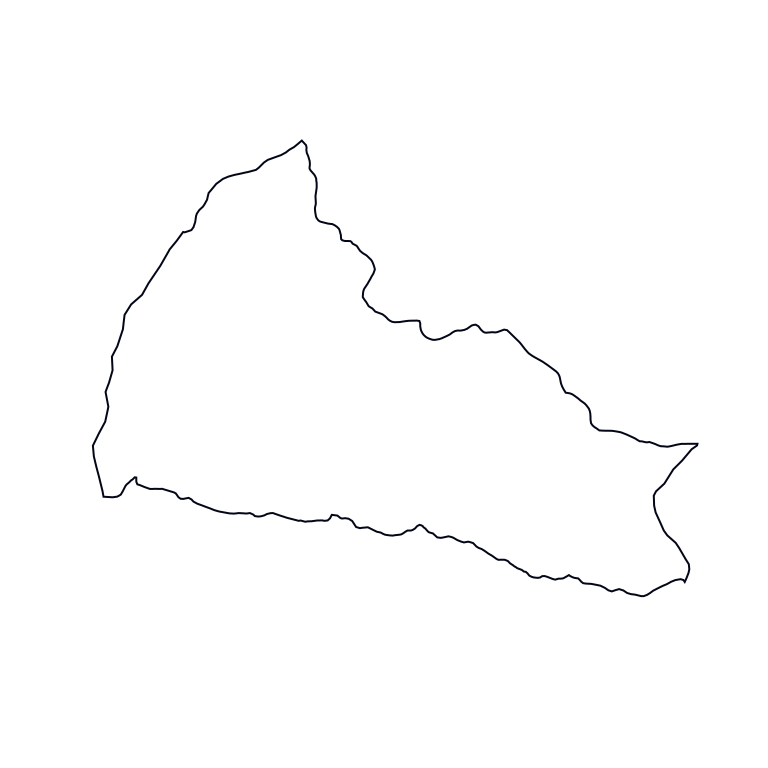 outline of Yangnyer, Tashigang, Bhutan, rotated 170°
{"feature_id": "84629894B53688584852577", "entity_name": "Yangnyer", "entity_type": "district", "adm_level": 2, "iso_a3": "BTN", "parent_name": "Bhutan", "parent_adm1": "Tashigang", "projection": "mercator", "projection_center": [91.484, 27.363], "detail": "fine", "context": "isolated", "style": "outline", "palette": "ink", "viewbox_px": 768, "rotation_deg": 170, "n_neighbors": 0, "source": "geoboundaries", "source_scale": "gbopen_adm2", "svg_char_len": 5622}
<svg xmlns="http://www.w3.org/2000/svg" viewBox="0 0 768 768"><g transform="rotate(170 384 384)"><path d="M679.8,321.7L671.1,319.6L669.2,319.5L666.3,319.4L664.4,320.0L662.4,320.8L660.0,323.6L656.4,328.4L655.0,329.7L652.2,331.3L649.8,333.0L648.1,333.7L645.7,335.4L644.2,334.9L644.9,330.7L644.3,328.0L642.1,326.9L637.7,324.1L632.7,321.3L630.6,320.9L628.1,320.6L625.4,320.1L623.1,319.6L620.7,319.3L609.8,313.8L608.1,312.5L607.3,310.9L606.1,308.2L604.2,306.3L601.7,305.7L596.2,305.8L593.6,303.7L592.1,301.3L588.6,298.5L584.9,296.4L580.9,294.0L576.9,291.7L573.1,289.3L568.6,287.1L560.5,284.1L558.6,283.4L554.2,282.4L549.4,282.1L546.8,281.5L541.8,280.3L538.5,280.2L535.4,278.1L534.2,276.4L532.5,275.8L530.4,275.2L527.7,275.1L524.7,275.4L521.8,276.3L518.1,276.5L515.8,276.2L509.8,272.8L502.6,269.0L500.4,268.0L491.6,264.0L490.0,264.1L485.4,262.0L483.2,262.0L479.1,261.4L473.6,261.2L468.5,260.4L466.5,259.6L463.2,259.4L460.5,261.1L458.1,264.2L452.7,262.5L450.3,259.7L448.8,258.8L445.6,258.6L442.3,257.5L439.1,254.6L436.3,248.0L432.7,246.2L430.8,246.2L424.8,245.7L416.8,239.8L412.9,238.2L411.1,236.7L409.3,235.5L407.1,234.7L404.9,234.0L401.9,233.2L399.7,233.2L395.1,232.9L393.1,232.9L390.9,233.7L388.6,234.8L386.4,235.6L383.0,235.0L380.8,235.4L378.6,236.3L376.0,238.3L373.5,239.1L372.1,238.5L370.7,237.5L369.9,236.0L368.4,234.5L367.0,232.1L365.8,230.4L364.0,229.4L361.8,228.4L360.2,226.3L358.2,223.7L354.8,222.6L351.6,222.6L347.0,222.8L344.8,221.9L342.6,220.7L339.2,217.8L335.8,215.6L332.8,214.1L328.4,214.1L326.0,213.0L323.8,211.8L322.6,210.0L321.2,207.9L319.2,206.1L316.6,204.6L313.9,202.2L310.7,198.9L307.3,196.0L303.7,192.3L301.9,191.0L299.1,190.6L295.5,189.9L292.7,188.1L290.9,185.4L288.3,183.0L287.3,181.8L285.9,180.7L284.8,179.5L280.6,177.0L278.8,175.0L277.0,174.4L275.6,172.7L274.2,170.1L272.4,168.7L270.4,167.6L267.8,166.8L266.2,166.4L264.0,166.3L261.6,167.3L259.2,167.0L256.8,165.8L251.4,162.5L249.2,161.6L246.0,162.0L243.7,161.6L241.3,161.5L237.7,162.7L235.1,163.7L233.9,162.5L231.9,161.0L230.1,160.0L226.5,158.8L225.3,157.1L224.1,155.1L222.5,153.3L219.9,152.4L214.7,151.2L210.7,149.7L205.9,147.8L201.9,144.9L198.9,141.9L195.7,140.2L191.7,140.8L188.1,141.2L184.1,139.1L180.9,136.0L177.3,134.2L173.1,132.9L167.5,130.4L165.1,130.0L161.7,130.6L158.4,131.9L154.8,133.7L149.0,135.5L144.5,136.8L140.1,137.8L135.5,139.4L131.2,140.3L125.8,140.3L123.2,139.0L122.2,136.8L120.0,140.0L117.0,144.9L115.5,148.5L115.1,153.6L117.4,159.2L121.8,171.2L124.3,176.9L131.3,185.7L133.9,191.1L135.7,198.4L138.8,210.4L139.1,217.2L137.7,227.2L134.7,231.1L125.2,237.2L113.9,249.7L103.7,256.8L101.7,258.5L92.4,266.3L86.4,269.1L85.7,270.7L97.4,272.7L101.4,273.4L106.2,273.4L110.9,273.1L113.2,273.0L115.7,273.0L119.3,274.0L122.3,274.7L124.6,275.9L127.5,277.9L132.7,280.8L135.3,280.9L136.9,281.4L139.9,282.7L142.1,283.2L143.6,284.4L146.1,286.7L147.5,287.7L149.2,288.9L154.0,292.2L159.1,295.3L163.6,297.0L167.2,298.2L169.6,298.7L176.4,300.0L180.0,300.9L182.6,303.6L184.1,304.9L185.8,307.0L186.9,309.4L186.8,313.2L186.4,315.3L186.0,318.7L186.0,321.5L186.5,324.1L188.4,327.9L189.8,330.0L193.3,333.6L195.5,336.3L198.7,339.6L200.3,341.1L201.8,342.1L203.3,342.8L206.6,343.9L207.3,345.7L207.9,347.2L209.0,350.6L209.6,354.0L209.7,358.7L209.8,360.8L210.2,362.5L210.9,364.4L212.4,366.6L217.6,372.1L219.6,374.2L224.0,378.5L231.0,384.2L233.1,386.0L235.9,388.8L237.0,390.3L239.2,394.0L241.7,398.8L243.2,401.5L252.2,414.0L253.5,415.7L256.3,416.7L263.6,415.4L265.7,415.5L268.2,416.2L274.6,416.8L276.1,417.3L277.4,418.4L279.1,420.7L281.0,424.5L283.4,426.5L285.1,426.6L287.4,426.4L290.0,425.2L292.5,424.0L295.6,423.3L299.5,423.3L302.3,423.9L304.9,423.8L307.6,422.9L310.5,421.4L313.7,420.4L319.2,419.0L321.6,418.6L326.2,418.6L328.4,419.1L330.8,420.3L333.3,421.9L334.8,423.3L336.3,425.3L337.0,426.6L337.7,428.3L338.3,430.9L338.3,434.6L337.8,437.3L338.2,439.9L340.5,440.7L347.4,441.8L349.2,442.0L353.0,442.2L357.9,442.3L362.8,443.0L365.3,443.9L367.2,445.3L368.6,446.8L370.1,449.1L371.4,450.8L373.4,452.9L374.7,453.7L380.0,456.8L382.3,460.4L384.2,462.0L385.6,463.3L387.3,467.8L388.6,470.4L389.8,473.2L389.5,474.6L388.5,478.4L387.6,480.2L386.8,481.4L383.1,485.2L378.9,490.2L377.9,491.6L375.2,494.7L373.1,498.4L373.2,500.5L373.7,503.8L374.3,506.5L375.2,508.6L378.9,513.7L382.0,516.4L384.4,519.2L385.6,521.8L386.2,523.4L387.0,524.9L388.4,526.0L390.5,527.6L391.5,529.8L392.7,530.7L397.7,531.6L400.0,532.7L401.0,533.9L400.9,536.1L400.6,538.0L401.1,543.4L401.5,544.8L403.0,546.9L404.9,548.8L407.2,550.5L409.4,551.1L411.3,551.7L417.8,554.6L419.0,555.3L420.3,556.6L421.6,559.2L421.9,560.9L421.9,565.0L421.6,568.6L421.1,570.3L420.0,572.8L419.6,574.7L418.9,580.8L418.3,582.7L416.8,587.2L416.1,589.5L415.4,593.9L415.4,596.1L415.1,597.8L415.7,600.7L416.4,602.4L419.2,607.0L419.9,609.0L419.6,610.7L419.0,612.4L418.7,614.1L418.5,616.5L419.1,621.7L419.9,625.0L419.8,628.2L419.2,630.2L419.3,632.7L422.7,638.0L426.9,635.5L431.4,633.0L436.6,631.1L440.3,629.1L445.6,627.3L452.7,626.1L459.5,624.9L463.7,623.0L469.7,618.8L472.9,617.1L480.7,616.4L484.6,616.3L488.0,616.1L494.9,615.9L501.1,615.3L506.9,614.0L514.5,610.2L519.5,605.9L523.5,602.6L524.9,599.5L526.2,596.3L529.4,592.3L531.5,590.1L535.7,587.4L538.7,584.3L539.9,582.1L541.8,576.3L544.4,571.5L547.0,569.0L550.1,568.5L554.0,568.0L555.4,568.6L563.3,561.0L571.8,553.7L572.7,552.5L583.8,539.2L598.5,524.0L606.8,513.8L619.2,506.3L627.5,497.1L629.4,490.8L631.6,483.3L637.7,471.9L640.0,467.6L647.2,458.2L648.9,444.7L650.2,442.0L654.6,433.0L658.6,426.3L659.6,424.5L659.4,409.5L661.0,405.4L665.1,395.3L673.4,384.8L681.4,373.8L682.3,363.1L681.7,352.8L680.8,342.4L679.8,327.3L679.8,321.7Z" fill="none" stroke="#020617" stroke-width="2"/></g></svg>